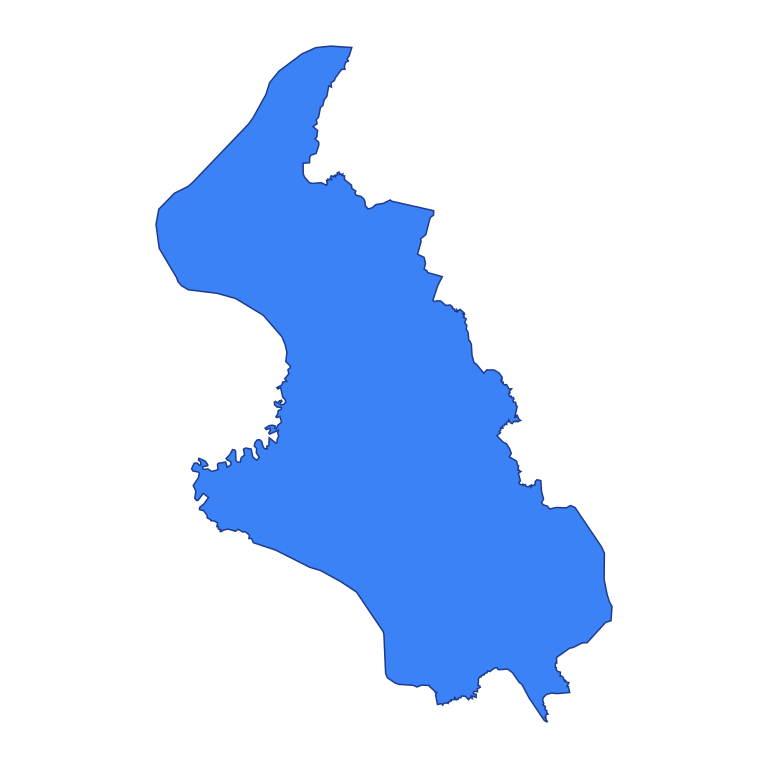 Pak Khat, Bueng Kan, Thailand (orthographic projection)
{"feature_id": "78962969B17401881155721", "entity_name": "Pak Khat", "entity_type": "district", "adm_level": 2, "iso_a3": "THA", "parent_name": "Thailand", "parent_adm1": "Bueng Kan", "projection": "orthographic", "projection_center": [103.357, 18.296], "detail": "fine", "context": "isolated", "style": "filled", "palette": "blue", "viewbox_px": 768, "rotation_deg": 0, "n_neighbors": 0, "source": "geoboundaries", "source_scale": "gbopen_adm2", "svg_char_len": 6111}
<svg xmlns="http://www.w3.org/2000/svg" viewBox="0 0 768 768"><path d="M351.8,47.5L330.7,46.1L315.6,47.7L302.1,53.8L279.0,71.1L269.6,82.7L265.9,94.5L253.2,117.5L248.5,124.1L192.5,182.6L188.3,186.3L174.5,193.2L158.8,209.2L156.0,224.4L159.2,248.3L176.5,277.5L178.1,281.7L181.6,285.8L188.4,289.8L217.1,293.3L235.6,298.5L263.2,315.2L282.0,336.9L285.1,344.5L286.9,352.4L285.8,361.6L290.4,366.2L290.0,368.0L287.9,369.7L288.8,373.9L284.7,378.7L286.7,381.1L282.8,382.1L281.7,385.1L276.8,387.6L277.9,389.0L280.6,387.6L282.8,397.3L285.3,399.8L285.6,402.4L283.4,404.5L280.7,404.8L279.7,403.8L281.9,401.5L281.5,400.3L279.5,400.8L277.7,402.8L275.5,401.4L274.3,402.2L274.6,404.8L277.0,407.0L281.4,407.5L281.2,409.4L278.2,410.6L277.9,413.5L275.9,416.9L277.0,417.6L279.9,416.5L281.5,422.2L277.8,425.3L276.1,428.9L274.8,428.2L275.2,426.0L272.4,425.2L269.1,425.6L265.1,428.2L266.3,429.6L270.2,428.3L270.4,429.9L268.8,433.0L269.6,434.1L278.4,430.3L277.7,432.8L278.7,436.2L277.2,439.3L276.9,442.9L275.9,443.1L269.2,437.8L268.8,445.5L266.6,446.4L267.3,448.8L264.6,448.7L263.2,447.0L261.7,441.5L259.9,439.8L257.2,439.9L255.1,442.5L254.2,446.0L256.6,448.4L256.3,452.8L259.3,457.4L256.6,460.2L252.8,457.0L251.2,449.1L245.7,448.0L243.5,449.1L244.5,455.1L241.3,457.5L240.2,462.1L237.4,462.2L235.9,460.3L235.6,451.2L234.6,449.9L232.5,449.6L230.0,454.4L226.2,458.4L226.7,459.6L230.5,461.5L231.1,464.7L227.2,467.2L225.6,462.0L218.4,463.3L217.5,464.3L217.9,469.7L211.7,471.5L208.0,469.0L203.8,469.3L202.5,468.6L202.6,466.8L207.6,465.8L207.8,464.9L205.4,461.2L198.9,458.3L198.4,459.9L200.8,462.3L200.7,465.2L199.7,465.4L197.1,463.0L194.2,463.2L191.6,468.8L192.9,471.0L198.1,472.0L199.4,473.3L198.2,478.0L193.2,485.6L195.8,490.9L194.8,498.4L196.6,500.5L198.0,500.4L203.3,493.4L208.5,497.5L203.9,504.0L199.8,507.2L199.4,509.6L203.6,510.6L207.0,515.2L207.3,518.0L210.5,519.5L211.0,520.8L214.1,520.9L217.6,522.9L216.8,526.6L218.4,526.8L218.2,528.9L220.9,529.6L220.0,531.0L220.8,531.8L223.7,530.0L228.2,529.1L235.5,531.2L238.2,529.3L242.7,532.0L245.2,531.7L249.4,535.1L248.9,538.5L251.4,538.5L253.4,542.7L275.6,550.1L309.8,567.3L320.2,570.4L340.2,581.3L356.5,592.0L383.1,631.5L383.9,634.1L385.6,673.2L387.4,677.8L395.1,683.0L399.3,684.4L413.3,685.3L416.9,687.0L421.7,685.1L429.4,685.5L429.5,686.5L434.9,691.2L435.2,692.6L436.8,692.4L435.6,695.0L437.5,704.5L441.5,703.6L442.7,705.1L443.3,703.8L445.8,702.8L448.2,703.4L448.1,702.3L449.9,701.7L450.1,700.4L451.4,700.8L451.4,699.7L454.6,699.6L454.5,696.7L456.3,699.8L458.0,699.4L458.4,697.8L460.9,697.7L461.5,696.0L465.4,696.3L468.5,699.7L470.6,697.3L472.3,698.4L471.5,695.8L476.1,697.4L476.2,694.4L473.5,693.6L473.3,692.5L474.1,691.4L477.5,691.7L477.4,688.9L480.3,687.2L479.7,685.9L478.2,685.6L478.5,678.8L479.4,677.0L481.2,676.9L481.3,675.6L484.3,674.8L484.2,673.7L486.9,672.8L487.9,670.8L489.8,671.6L494.7,667.9L497.4,667.9L497.8,669.4L499.2,669.7L507.7,669.1L512.5,672.7L519.3,682.5L521.8,684.3L529.4,698.4L544.3,720.5L546.9,721.9L547.4,721.3L545.9,720.2L546.3,719.1L544.9,717.4L545.9,717.0L546.0,714.7L548.0,714.0L546.6,712.4L546.9,710.8L545.1,709.8L545.3,706.5L542.8,704.8L543.7,703.7L542.6,699.2L543.6,697.3L546.3,694.6L551.1,693.1L557.3,693.6L569.7,692.5L568.3,686.7L566.9,686.6L568.9,682.6L566.3,682.3L566.2,681.3L564.4,680.9L565.1,680.2L563.7,679.5L563.4,677.6L561.6,676.0L560.1,676.1L560.5,672.2L557.4,671.4L556.1,669.3L556.3,667.5L555.1,667.1L555.6,663.1L556.7,663.1L556.6,657.4L569.7,648.1L572.9,647.6L582.3,642.9L587.1,642.7L605.6,622.4L611.0,620.8L612.0,606.4L609.5,602.0L607.1,594.4L604.1,579.5L604.4,553.2L601.3,546.5L575.1,507.6L570.6,505.5L566.4,507.8L556.2,507.5L549.6,509.0L547.4,506.1L543.1,504.8L541.5,502.5L543.6,499.1L541.6,491.9L540.8,480.6L537.1,479.7L535.3,481.4L534.8,485.0L532.5,485.4L531.0,487.2L531.1,485.0L528.1,486.9L525.4,485.9L525.5,484.6L523.9,485.0L522.9,484.1L522.3,485.2L519.5,483.9L519.0,481.9L520.4,481.0L518.4,473.2L520.9,471.5L518.4,470.5L519.1,470.2L518.1,469.4L518.6,465.9L517.4,464.8L516.5,461.0L509.3,456.9L511.3,453.5L509.7,448.9L506.6,444.0L502.6,441.7L496.9,435.6L500.4,432.8L499.2,431.4L500.8,430.2L500.4,428.1L502.9,428.1L502.3,426.3L504.2,425.6L504.6,424.1L506.8,424.5L506.7,422.0L508.5,421.6L508.7,420.0L510.3,422.7L512.1,423.6L513.9,421.2L515.7,421.8L516.7,420.9L517.5,421.8L520.6,420.5L518.7,418.9L517.3,415.3L516.1,415.2L516.2,417.0L514.7,417.4L517.2,406.4L516.3,406.1L515.6,402.3L513.3,402.0L513.0,400.3L514.0,399.0L513.1,397.4L511.8,397.8L511.0,396.0L509.7,396.5L508.5,394.0L510.1,393.0L509.4,391.7L511.5,388.8L509.0,389.0L506.6,384.6L504.7,384.9L503.1,383.7L503.3,382.2L501.6,382.1L501.9,380.1L500.3,380.7L502.1,378.9L502.2,377.4L499.2,373.1L494.2,370.0L486.8,369.9L483.8,373.2L476.2,364.0L474.0,362.7L472.0,355.2L471.4,344.5L470.0,341.1L468.8,340.5L468.1,332.5L466.2,329.0L466.8,325.2L464.7,322.8L466.2,318.8L463.5,317.3L464.2,316.3L462.9,313.9L464.5,314.2L464.1,312.9L460.0,309.3L457.9,311.1L456.9,309.8L456.8,311.7L455.7,310.6L454.9,311.1L454.8,309.3L452.3,308.4L452.7,307.1L450.3,305.0L445.7,305.4L440.8,301.0L436.7,300.8L434.9,301.7L432.9,300.4L437.8,285.5L442.3,276.7L427.7,272.6L426.8,270.5L424.1,269.4L425.5,263.5L424.1,257.4L417.6,254.2L421.1,241.4L420.5,239.0L425.8,234.6L430.2,217.6L433.6,215.0L433.7,210.7L392.1,201.3L390.2,200.0L382.9,203.5L376.0,204.5L371.8,208.0L368.0,208.9L365.3,205.5L364.9,201.2L363.7,198.8L361.2,196.5L356.1,195.2L354.9,193.0L355.8,191.1L351.9,188.4L351.5,185.1L344.5,179.6L344.5,175.8L342.5,175.7L342.8,174.1L341.6,174.9L340.8,173.8L339.6,174.4L339.0,172.0L337.1,173.0L337.5,174.8L335.7,175.2L335.5,176.8L334.4,175.4L333.5,176.9L331.3,175.7L330.3,177.8L331.6,179.8L327.8,179.1L327.8,180.6L326.6,180.4L327.2,183.0L326.5,185.2L321.2,182.7L312.7,183.4L309.3,182.7L304.3,176.8L303.3,173.7L303.1,163.2L309.5,162.8L309.8,156.6L311.0,155.2L316.1,153.4L318.8,145.1L318.7,142.1L315.0,138.9L316.8,137.1L317.6,130.5L313.0,126.6L317.1,123.7L316.3,119.6L318.6,117.1L320.4,107.6L322.9,105.3L324.1,100.2L326.9,96.1L328.7,86.0L331.4,87.0L331.0,82.8L334.4,80.5L335.1,78.2L341.6,69.3L344.9,69.3L344.4,66.1L345.7,62.3L348.4,61.0L347.1,58.6L349.1,56.0L351.8,47.5Z" fill="#3b82f6" stroke="#1e3a8a" stroke-width="1.5"/></svg>